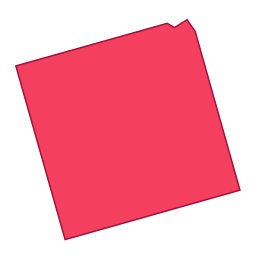 the district of Kalkaska, Michigan, United States of America, rotated 74°
{"feature_id": "52423323B14984723177246", "entity_name": "Kalkaska", "entity_type": "district", "adm_level": 2, "iso_a3": "USA", "parent_name": "United States of America", "parent_adm1": "Michigan", "projection": "albers", "projection_center": [-85.144, 44.685], "detail": "fine", "context": "isolated", "style": "filled", "palette": "rose", "viewbox_px": 256, "rotation_deg": 74, "n_neighbors": 0, "source": "geoboundaries", "source_scale": "gbopen_adm2", "svg_char_len": 256}
<svg xmlns="http://www.w3.org/2000/svg" viewBox="0 0 256 256"><g transform="rotate(74 128 128)"><path d="M217.9,219.2L218.6,37.5L53.6,36.8L40.2,41.4L44.3,55.7L38.2,61.5L37.4,218.7L217.9,219.2Z" fill="#f43f5e" stroke="#9f1239" stroke-width="1.5"/></g></svg>